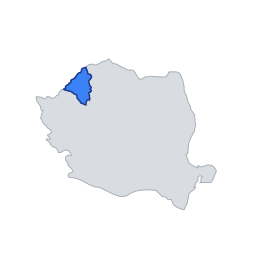 Bihor on a map of Romania (orthographic projection), rotated 17°
{"feature_id": "ROU-277", "entity_name": "Bihor", "entity_type": "County", "adm_level": 1, "iso_a3": "ROU", "parent_name": "Romania", "parent_adm1": "", "projection": "orthographic", "projection_center": [22.195, 46.981], "detail": "fine", "context": "in_parent", "style": "filled", "palette": "blue", "viewbox_px": 256, "rotation_deg": 17, "n_neighbors": 0, "source": "natural_earth", "source_scale": "10m", "svg_char_len": 5329}
<svg xmlns="http://www.w3.org/2000/svg" viewBox="0 0 256 256"><g transform="rotate(17 128 128)"><path d="M194.1,140.4L196.4,143.3L199.3,144.7L205.8,145.8L206.3,145.6L206.4,145.3L205.9,144.9L205.8,144.3L206.0,143.6L206.9,143.5L208.4,144.0L211.0,142.8L214.8,140.1L218.5,139.3L221.9,140.4L223.8,141.9L225.1,143.3L224.9,145.3L224.8,146.5L224.4,151.6L223.9,153.6L223.1,155.8L212.8,159.2L213.4,158.0L213.0,155.9L212.4,154.3L213.3,152.8L210.9,152.5L209.9,153.4L209.2,154.8L210.2,157.9L209.2,159.8L208.8,160.8L209.0,163.1L208.4,164.2L208.3,165.3L210.0,164.8L209.4,166.9L206.5,171.0L205.6,173.4L206.6,182.5L205.6,188.0L205.6,189.7L202.2,190.0L201.2,189.9L197.9,189.4L194.2,188.2L191.8,185.6L190.3,183.6L187.3,184.8L186.7,184.6L185.8,183.7L183.5,183.2L180.7,183.4L174.0,180.1L173.3,179.5L168.3,180.4L160.9,182.7L155.3,185.2L149.5,189.5L147.2,192.7L144.5,194.4L140.5,195.8L133.4,195.6L125.9,194.4L117.9,193.0L113.6,194.0L107.7,193.5L98.9,191.7L92.4,191.2L85.9,192.4L84.8,191.5L84.6,190.5L84.8,189.1L85.7,187.9L87.3,187.0L88.1,186.2L88.1,185.3L86.4,183.8L82.8,181.9L81.3,180.6L80.9,180.3L80.8,179.2L80.1,178.3L78.7,177.7L77.6,176.6L76.9,174.9L77.0,173.3L78.1,171.8L79.5,171.1L81.2,171.3L81.9,170.9L81.6,169.9L79.9,168.5L76.9,166.9L73.8,167.8L70.7,171.2L68.5,171.8L67.1,169.5L64.7,168.1L61.1,167.7L59.0,166.8L58.2,165.5L56.6,164.4L53.3,163.3L53.2,162.3L53.8,162.1L55.0,162.0L56.6,161.8L56.9,161.2L56.9,160.7L55.6,160.0L54.3,159.5L53.7,159.0L53.2,158.5L53.2,158.0L53.5,157.6L54.1,157.6L54.6,157.3L54.9,156.1L55.6,155.1L56.1,154.7L56.0,154.0L55.5,153.3L54.8,152.6L53.8,152.3L50.6,151.2L49.0,149.7L48.0,149.6L46.5,148.8L44.8,147.5L43.4,145.6L41.8,144.4L41.4,143.9L41.4,143.4L41.7,142.9L41.7,142.4L41.3,140.6L41.6,138.7L41.6,136.9L41.6,136.1L41.3,135.9L41.0,136.1L40.6,136.5L40.2,136.5L39.1,135.2L37.7,132.6L36.7,131.7L34.8,130.4L33.2,129.3L32.1,127.1L30.9,125.4L31.7,124.7L36.4,123.8L38.5,124.8L39.5,124.5L40.4,123.7L41.0,123.1L41.1,122.4L41.5,121.6L43.1,121.2L47.2,121.8L48.9,120.6L49.5,120.0L49.9,118.6L50.3,117.5L51.8,116.9L51.8,115.8L51.6,114.7L52.5,112.2L53.0,111.2L53.8,110.8L54.8,110.0L56.6,108.4L56.2,106.9L56.6,105.9L58.4,103.3L59.8,100.8L59.7,99.5L60.0,98.4L61.2,97.3L62.4,95.7L64.1,90.8L64.7,90.0L65.8,89.1L66.6,88.2L66.7,85.0L67.5,84.0L69.0,83.0L70.4,81.3L71.6,79.4L72.5,78.4L73.7,78.2L75.0,77.4L76.4,77.1L77.9,77.5L78.7,77.3L80.1,76.3L83.5,72.7L84.0,72.0L84.7,71.5L87.5,70.2L88.2,68.9L89.1,67.8L90.3,67.9L94.4,70.6L98.7,70.3L99.5,70.4L99.8,70.5L100.3,70.7L106.1,71.9L107.0,71.8L107.2,71.7L109.5,72.7L111.6,72.5L113.5,71.7L115.5,71.4L117.4,71.8L118.9,73.3L122.6,76.6L123.8,77.8L125.5,77.6L127.3,76.9L129.1,74.5L134.8,71.7L139.2,70.9L143.4,69.7L148.3,68.7L149.7,66.5L150.4,65.1L150.8,62.4L153.4,61.5L155.9,60.8L156.8,60.4L158.7,60.2L160.1,60.4L162.4,61.5L164.0,63.1L164.7,64.3L166.2,66.1L167.7,68.6L169.5,71.9L170.0,73.6L170.7,75.5L172.0,77.7L174.4,80.1L174.7,80.5L175.8,82.3L178.0,86.1L179.8,87.5L181.3,89.2L182.1,90.8L183.3,92.3L185.8,94.3L187.9,96.0L189.8,101.3L191.1,103.7L192.0,105.6L191.9,109.5L192.5,111.1L191.8,114.2L190.7,120.5L190.6,125.3L191.1,127.9L191.3,129.6L191.7,130.7L192.3,132.8L192.6,134.8L192.0,135.4L191.2,135.9L190.9,136.3L191.8,137.1L192.9,138.7L194.1,140.4Z" fill="#d9dde1" stroke="#a8b0b8" stroke-width="1"/><path d="M55.1,109.7L55.4,109.3L55.9,109.2L56.3,108.9L56.7,108.4L56.8,107.8L56.2,107.4L56.1,107.2L56.1,106.9L56.2,106.7L56.3,106.6L56.7,105.4L57.0,104.9L57.4,104.5L58.1,104.4L58.3,104.2L58.5,103.8L58.5,103.5L58.5,103.2L58.4,102.8L58.5,102.5L58.5,102.4L59.5,101.6L59.7,101.4L60.1,100.0L60.1,99.9L60.0,99.6L59.8,99.4L59.6,99.4L59.4,99.2L60.2,98.1L60.6,97.7L61.6,97.1L62.0,96.7L62.1,96.4L62.2,95.9L62.3,95.6L62.5,95.3L63.0,94.9L63.1,94.7L63.3,94.3L63.3,94.1L63.2,93.8L63.2,93.5L63.3,93.1L63.5,92.7L63.6,92.4L63.9,91.4L64.0,91.0L64.8,89.9L65.1,89.5L65.5,89.3L66.4,89.0L66.8,88.2L66.7,87.2L66.6,86.2L66.5,85.3L66.9,84.6L67.5,84.0L68.7,83.0L69.7,82.8L69.8,82.7L70.0,82.6L70.1,82.4L70.2,82.5L70.6,83.1L70.8,83.7L71.0,84.0L72.0,84.8L72.3,85.2L72.6,85.8L73.2,86.7L73.4,87.0L73.6,87.7L73.7,87.9L73.9,88.0L74.2,88.1L74.4,88.1L74.6,88.0L74.8,88.0L75.2,88.1L75.4,88.0L75.9,87.7L76.1,87.7L76.3,87.7L76.6,87.9L76.9,88.2L77.5,88.5L77.9,89.1L78.1,89.8L78.3,90.3L78.1,91.1L78.0,91.4L77.7,91.8L77.6,92.0L77.6,92.3L77.6,92.5L77.4,92.9L76.9,93.7L76.7,93.9L76.6,94.1L76.6,94.5L76.8,95.1L77.7,96.4L78.3,97.6L78.4,97.8L78.5,98.0L78.7,98.3L80.0,99.0L80.7,99.8L81.1,100.3L80.9,100.7L80.5,101.6L80.4,101.9L80.5,102.1L81.7,102.6L81.9,102.8L82.0,103.1L81.9,103.7L81.9,104.0L81.8,104.3L81.6,104.6L81.5,104.8L81.3,104.9L80.6,105.2L80.4,105.4L80.2,105.6L80.1,105.8L80.1,106.1L80.1,106.3L80.4,106.7L81.2,107.4L81.4,107.8L81.7,108.4L82.1,109.8L82.2,110.1L82.4,110.3L82.7,110.5L82.8,110.6L82.9,110.9L82.9,111.6L82.8,112.7L82.5,112.5L82.4,112.5L82.1,112.4L81.8,112.4L81.6,112.5L81.3,112.6L81.1,112.9L80.8,113.4L80.6,114.2L80.5,114.9L80.6,116.7L81.0,118.2L80.1,118.3L79.1,118.2L77.6,117.9L75.8,117.9L75.5,117.8L75.2,117.6L74.9,117.3L74.8,117.0L74.8,116.7L74.6,116.6L73.1,116.0L72.1,115.2L71.8,115.0L71.3,114.8L70.9,114.6L70.6,114.2L70.3,113.7L69.9,112.5L69.8,112.2L69.6,112.0L69.2,111.7L68.9,111.5L68.6,111.3L68.0,111.2L66.3,111.1L65.8,110.9L65.5,110.6L65.2,110.5L64.9,110.4L64.5,110.4L64.3,110.4L64.0,110.2L63.8,110.0L63.7,109.9L63.2,109.8L56.5,110.1L55.5,109.9L55.1,109.7Z" fill="#3b82f6" stroke="#1e3a8a" stroke-width="1.5"/></g></svg>